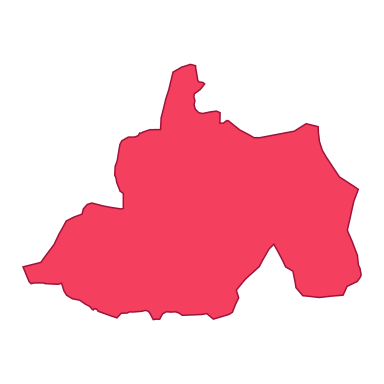 outline of Al Manar, Dhamar, Yemen
{"feature_id": "15242507B33672169591195", "entity_name": "Al Manar", "entity_type": "district", "adm_level": 2, "iso_a3": "YEM", "parent_name": "Yemen", "parent_adm1": "Dhamar", "projection": "robinson", "projection_center": [44.125, 14.653], "detail": "fine", "context": "isolated", "style": "filled", "palette": "rose", "viewbox_px": 384, "rotation_deg": 0, "n_neighbors": 0, "source": "geoboundaries", "source_scale": "gbopen_adm2", "svg_char_len": 2807}
<svg xmlns="http://www.w3.org/2000/svg" viewBox="0 0 384 384"><path d="M358.3,189.3L354.8,187.0L354.6,186.8L339.4,176.9L326.5,157.5L322.3,150.4L319.5,141.7L318.4,132.5L318.2,126.7L314.8,125.8L314.3,125.7L306.1,123.7L306.0,123.8L300.1,127.5L294.8,130.9L294.6,131.1L259.8,137.7L256.0,137.7L254.0,137.7L249.4,135.0L240.0,130.1L229.6,121.8L228.4,120.8L226.8,120.5L223.4,123.1L219.9,123.2L220.1,112.7L216.4,111.1L210.3,111.9L202.6,113.5L198.8,112.7L198.4,112.3L195.8,109.7L195.3,109.2L195.0,108.2L194.1,104.7L194.9,100.7L193.8,96.3L194.5,93.7L200.4,89.3L204.6,84.0L203.2,82.6L200.8,82.1L199.1,82.0L197.8,80.4L195.6,67.3L195.6,65.7L194.8,65.5L194.4,65.4L192.5,64.9L190.3,64.4L182.1,67.0L181.4,67.2L178.5,69.0L174.1,71.5L173.1,72.0L170.0,84.7L168.8,89.7L165.6,99.6L165.2,101.6L164.1,106.0L163.7,107.7L161.6,116.0L161.1,117.9L160.9,123.0L160.5,129.6L158.5,129.6L150.1,129.7L149.0,130.0L143.4,131.9L140.2,133.4L139.7,133.1L138.2,135.6L134.9,137.0L131.1,137.1L128.3,137.1L121.8,140.8L121.7,140.9L121.4,141.6L119.9,144.5L117.2,160.7L115.2,166.2L114.7,175.1L116.0,178.1L116.7,182.4L119.3,189.0L120.1,191.2L123.3,193.4L123.3,203.6L123.3,203.8L123.3,206.0L123.4,208.2L121.4,209.0L110.2,207.3L103.0,205.9L91.8,203.0L87.2,204.5L83.3,208.9L82.1,214.1L74.1,217.0L66.3,220.9L62.1,228.7L59.1,233.9L54.6,243.3L53.9,244.8L53.3,245.5L46.1,255.1L43.7,258.4L40.8,262.4L23.0,266.9L29.1,281.6L31.1,283.7L34.4,282.9L38.9,282.9L42.1,282.9L43.5,282.9L44.9,283.6L58.0,284.3L61.6,283.3L63.5,289.4L63.9,290.8L66.6,295.2L71.9,298.5L72.5,298.8L79.7,300.2L85.3,304.1L88.8,305.9L90.4,307.2L92.3,309.5L93.3,309.9L94.2,308.7L94.7,308.7L97.0,309.5L98.2,311.3L111.9,316.2L117.0,317.9L119.8,314.8L121.2,313.3L124.8,313.1L127.4,313.0L129.4,311.9L133.2,312.0L141.8,311.3L145.4,310.4L148.4,311.3L150.1,313.6L153.2,319.6L156.0,319.2L159.1,319.2L159.7,319.2L162.5,313.9L166.2,311.8L170.3,312.0L171.1,312.1L175.2,311.8L178.0,312.6L179.5,313.4L180.4,313.9L182.2,315.3L192.1,314.9L201.8,314.5L206.7,313.6L207.8,314.4L213.1,318.9L213.4,319.1L221.5,316.7L229.1,314.4L230.8,313.3L231.0,313.1L232.4,312.3L235.4,304.6L238.7,297.8L236.3,290.2L243.0,282.0L245.4,279.2L247.5,277.2L250.6,274.4L251.4,273.7L255.2,270.3L259.2,266.7L262.4,260.6L268.9,249.2L273.8,244.2L277.3,250.4L282.5,260.2L285.6,266.9L289.3,269.0L292.9,271.2L295.2,282.5L296.0,287.7L296.7,288.5L300.1,292.5L302.8,295.7L307.2,296.1L319.5,297.5L320.7,297.3L320.9,297.3L325.5,296.8L330.7,296.2L331.5,296.1L339.5,295.5L343.0,295.2L343.2,294.9L345.2,290.5L347.1,286.4L351.6,284.2L357.2,281.5L359.6,278.3L361.0,275.7L361.0,273.7L360.4,270.8L359.9,268.1L358.5,265.3L358.0,261.2L357.4,255.3L353.0,243.8L352.1,241.3L352.0,241.1L351.8,240.7L348.5,233.1L347.9,231.6L347.3,230.3L348.3,225.9L350.2,217.7L351.7,210.7L353.9,201.0L356.2,195.0L358.3,189.3Z" fill="#f43f5e" stroke="#9f1239" stroke-width="1.5"/></svg>